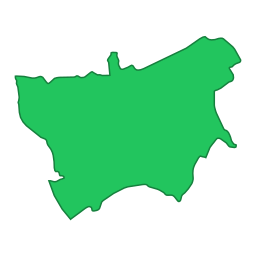 map outline of Mambéré-Kadéï (Natural Earth projection)
{"feature_id": "CAF-801", "entity_name": "Mambéré-Kadéï", "entity_type": "Prefecture", "adm_level": 1, "iso_a3": "CAF", "parent_name": "Central African Republic", "parent_adm1": "", "projection": "natural_earth1", "projection_center": [15.964, 4.523], "detail": "fine", "context": "isolated", "style": "filled", "palette": "green", "viewbox_px": 256, "rotation_deg": 0, "n_neighbors": 0, "source": "natural_earth", "source_scale": "10m", "svg_char_len": 3316}
<svg xmlns="http://www.w3.org/2000/svg" viewBox="0 0 256 256"><path d="M55.9,171.6L54.9,170.6L54.3,167.8L54.1,161.7L53.2,155.3L52.4,152.4L51.0,149.4L47.8,144.9L47.2,143.4L46.6,140.7L46.0,139.7L44.9,138.9L40.9,137.3L26.4,125.7L23.1,122.0L20.6,117.5L19.4,112.5L18.8,104.4L18.2,102.6L18.3,101.9L18.7,100.8L19.1,98.2L19.2,97.1L17.9,87.1L17.4,85.8L16.9,84.7L16.5,83.7L16.7,80.8L16.3,79.8L15.7,78.9L15.4,77.7L15.4,76.2L16.7,76.1L24.1,76.5L32.3,78.1L34.3,78.1L36.1,77.8L39.3,76.7L40.4,76.5L41.5,76.7L42.6,77.3L42.8,77.4L46.1,81.8L47.2,83.0L47.7,83.4L48.3,83.5L49.1,83.2L50.5,82.1L54.5,78.4L57.0,77.7L59.2,77.4L74.2,77.1L75.6,76.6L76.2,76.1L76.8,75.9L77.9,76.0L80.0,77.3L80.4,77.4L81.1,77.6L83.7,77.4L84.3,77.2L85.1,76.8L90.7,72.4L91.7,71.9L92.2,71.8L92.7,72.1L93.9,72.9L97.5,74.9L99.5,74.8L100.2,74.9L100.8,75.0L101.7,75.4L102.4,75.5L109.4,75.4L109.9,75.3L108.8,63.4L108.6,62.3L108.2,61.5L107.8,60.9L107.6,60.3L107.8,59.5L108.2,58.8L110.8,55.1L111.1,54.2L111.1,53.5L111.1,52.9L111.6,52.6L112.6,52.4L115.4,52.5L116.5,52.6L117.1,53.1L116.8,55.1L116.9,55.9L117.1,56.9L118.2,59.3L118.6,60.3L118.7,61.0L118.6,61.7L118.5,62.3L118.4,63.0L118.4,63.6L118.5,64.5L118.7,65.3L120.4,68.7L121.4,69.2L122.9,69.3L128.1,67.2L130.7,65.7L131.6,65.3L132.6,65.6L133.2,66.1L134.3,67.9L135.1,68.9L136.5,69.9L138.2,70.1L140.6,69.8L143.6,68.7L186.3,48.2L199.8,38.8L203.0,37.1L205.1,36.7L207.3,38.5L209.0,39.5L211.5,39.9L215.0,39.6L218.6,38.5L220.8,38.2L222.3,38.3L223.5,38.9L232.8,46.9L234.7,49.3L240.6,59.9L240.6,60.9L240.2,61.8L239.4,62.4L236.1,63.6L234.9,64.3L233.9,65.0L232.6,66.3L232.1,66.8L231.4,67.0L230.1,67.2L229.8,67.3L229.6,67.4L229.4,67.6L229.3,67.9L229.3,68.2L229.4,68.6L233.2,74.8L233.5,77.8L233.3,78.7L232.9,79.8L232.2,80.7L231.4,81.2L230.5,81.6L229.8,81.7L228.9,82.1L227.9,82.8L220.9,88.1L217.3,89.9L215.5,90.4L214.9,90.7L214.3,91.4L214.3,105.2L214.6,107.3L215.7,111.3L216.4,113.2L223.8,129.0L224.7,129.9L226.7,130.7L228.4,132.5L229.6,134.9L230.5,137.2L231.4,140.5L231.9,141.5L233.4,143.6L233.7,144.1L234.2,144.2L236.2,145.0L236.0,146.9L235.3,147.3L234.4,147.5L230.0,146.9L229.6,146.7L228.9,146.2L227.5,144.5L226.9,143.6L226.2,142.8L220.7,138.9L219.7,138.4L218.6,138.2L217.8,138.2L216.9,138.6L215.9,139.7L213.6,142.7L212.5,144.0L209.9,147.5L205.8,157.6L205.0,157.2L202.4,156.7L200.3,156.1L199.6,156.6L198.5,157.8L194.8,164.4L193.8,166.8L193.3,168.5L193.0,170.1L192.8,173.3L193.1,177.9L193.1,179.2L192.8,180.6L192.5,181.8L191.8,183.6L188.3,188.8L184.8,192.8L182.7,194.5L182.2,195.1L181.7,195.8L180.8,199.4L180.5,200.3L180.0,201.0L179.4,201.4L178.7,201.5L177.8,201.0L174.5,196.8L173.5,195.9L172.4,195.3L171.2,195.1L167.8,195.2L166.6,195.1L165.6,194.6L165.0,194.0L164.4,193.2L163.5,192.4L159.6,190.1L157.5,189.2L149.6,186.9L148.8,186.5L148.0,186.0L147.4,185.3L146.7,184.8L146.0,184.5L144.7,184.4L142.8,184.5L127.8,186.8L124.2,188.0L113.6,193.4L103.2,200.5L101.7,202.0L99.6,208.2L99.1,209.0L98.1,209.8L96.7,210.4L94.2,210.9L92.9,210.9L92.2,210.5L91.6,208.0L91.3,207.5L90.8,207.1L90.2,206.8L89.4,206.6L88.6,206.6L87.3,207.1L85.4,208.2L71.0,218.9L70.6,219.3L69.7,218.2L62.2,209.1L54.3,195.6L48.9,180.8L50.5,180.8L53.4,181.6L54.9,181.8L56.7,181.4L60.3,179.4L62.3,178.9L64.1,178.0L63.9,176.8L62.8,175.9L61.4,175.7L60.1,175.7L59.6,175.0L59.3,173.5L58.7,172.0L57.3,171.4L55.9,171.6Z" fill="#22c55e" stroke="#15803d" stroke-width="1.5"/></svg>